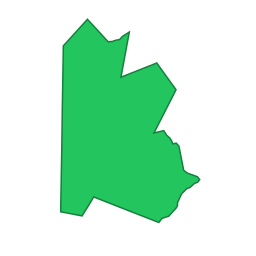 outline of Curralinhos, Piauí, Brazil, rotated 103°
{"feature_id": "56859067B11592620303121", "entity_name": "Curralinhos", "entity_type": "district", "adm_level": 2, "iso_a3": "BRA", "parent_name": "Brazil", "parent_adm1": "Piauí", "projection": "orthographic", "projection_center": [-42.84, -5.603], "detail": "fine", "context": "isolated", "style": "filled", "palette": "green", "viewbox_px": 256, "rotation_deg": 103, "n_neighbors": 0, "source": "geoboundaries", "source_scale": "gbopen_adm2", "svg_char_len": 766}
<svg xmlns="http://www.w3.org/2000/svg" viewBox="0 0 256 256"><g transform="rotate(103 128 128)"><path d="M213.1,76.7L208.4,74.5L204.8,68.5L194.8,62.9L192.4,62.4L189.4,62.9L186.6,62.3L184.1,61.8L179.8,60.8L173.8,57.0L171.9,54.1L167.2,50.9L165.1,47.9L162.2,46.5L159.9,49.3L158.6,60.0L156.7,64.2L134.2,74.3L131.9,77.7L133.4,80.8L130.8,82.5L128.6,84.7L126.2,88.9L122.5,92.6L127.0,101.6L122.8,100.5L79.9,89.8L66.9,104.7L58.2,114.6L74.0,137.5L80.1,146.3L34.2,148.3L40.1,154.1L43.6,156.0L45.4,160.0L47.2,162.7L48.4,166.8L31.2,192.0L50.2,202.6L62.5,209.5L94.2,202.7L125.2,196.1L130.2,195.0L160.6,188.4L187.0,182.8L218.0,176.2L220.6,175.6L224.8,174.7L224.0,153.0L213.0,149.2L202.9,145.9L208.9,105.7L213.1,76.7Z" fill="#22c55e" stroke="#15803d" stroke-width="1.5"/></g></svg>